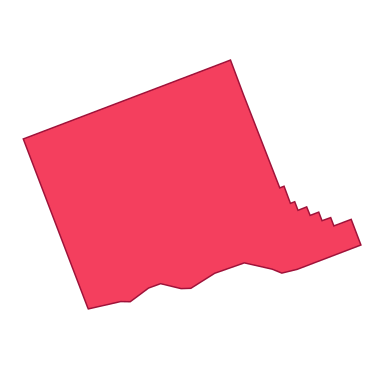 Dodge, Nebraska, United States of America (Equal Earth projection), rotated 339°
{"feature_id": "52423323B41821983343245", "entity_name": "Dodge", "entity_type": "district", "adm_level": 2, "iso_a3": "USA", "parent_name": "United States of America", "parent_adm1": "Nebraska", "projection": "equal_earth", "projection_center": [-96.564, 41.568], "detail": "fine", "context": "isolated", "style": "filled", "palette": "rose", "viewbox_px": 384, "rotation_deg": 339, "n_neighbors": 0, "source": "geoboundaries", "source_scale": "gbopen_adm2", "svg_char_len": 534}
<svg xmlns="http://www.w3.org/2000/svg" viewBox="0 0 384 384"><g transform="rotate(339 192 192)"><path d="M53.3,264.0L86.1,268.7L95.0,272.3L117.0,266.1L129.8,266.3L147.2,278.3L156.4,281.5L184.0,276.0L215.4,276.9L239.1,292.7L246.8,299.9L262.6,301.9L330.7,302.0L330.8,274.6L312.3,274.5L312.3,265.6L303.1,265.4L303.1,256.2L293.9,256.2L293.7,247.0L284.4,247.1L284.4,237.9L279.8,237.9L280.0,219.6L275.4,219.6L274.9,119.2L275.2,82.6L221.9,82.5L53.5,82.0L53.2,262.1L53.3,264.0Z" fill="#f43f5e" stroke="#9f1239" stroke-width="1.5"/></g></svg>